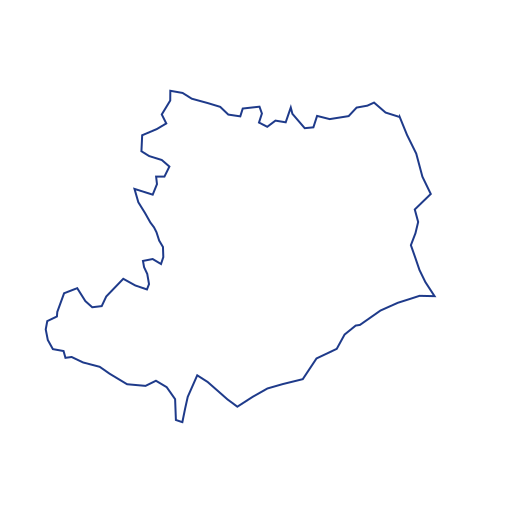 the district of Drymou, Paphos, Cyprus, rotated 16°
{"feature_id": "46923920B67482680261453", "entity_name": "Drymou", "entity_type": "district", "adm_level": 2, "iso_a3": "CYP", "parent_name": "Cyprus", "parent_adm1": "Paphos", "projection": "robinson", "projection_center": [32.5, 34.923], "detail": "fine", "context": "isolated", "style": "outline", "palette": "blue", "viewbox_px": 512, "rotation_deg": 16, "n_neighbors": 0, "source": "geoboundaries", "source_scale": "gbopen_adm2", "svg_char_len": 1552}
<svg xmlns="http://www.w3.org/2000/svg" viewBox="0 0 512 512"><g transform="rotate(16 256 256)"><path d="M128.1,120.8L130.7,130.2L126.4,145.9L133.2,153.3L125.8,161.2L113.3,171.3L117.0,186.9L125.8,189.4L139.0,189.7L148.1,193.9L146.1,204.9L138.1,207.2L141.0,214.2L139.8,225.5L120.7,225.0L128.1,236.8L137.5,245.3L145.2,252.9L150.1,256.6L153.8,260.6L158.7,267.9L164.1,273.0L167.2,282.6L166.9,289.9L157.5,287.4L148.7,291.9L151.5,297.6L156.4,303.2L160.9,312.5L160.4,318.2L148.1,317.6L134.7,314.5L127.8,327.5L123.2,336.2L121.5,346.7L112.7,350.4L104.4,346.4L93.0,336.2L81.8,344.7L80.4,364.5L81.3,369.0L73.3,376.1L74.1,384.5L79.0,394.1L86.4,401.5L97.2,400.4L100.9,406.4L106.6,403.9L119.1,406.0L136.3,405.6L147.7,409.5L167.4,414.8L185.6,411.3L194.2,403.5L206.3,406.7L217.7,415.9L224.2,435.7L230.1,436.0L231.0,436.0L229.9,421.9L229.2,410.2L232.4,386.9L244.2,390.4L268.1,401.7L279.6,406.0L291.7,392.2L303.5,380.2L317.1,371.7L334.9,361.5L342.4,337.8L359.2,323.0L362.8,307.1L371.0,295.4L374.9,293.6L390.7,274.1L405.2,261.9L415.9,254.8L424.2,249.2L438.7,245.4L425.9,234.3L417.0,224.4L409.7,213.9L401.9,202.9L403.0,190.2L402.5,178.6L395.8,167.5L406.9,148.2L394.1,133.9L381.8,113.4L367.8,98.0L355.7,82.6L355.7,82.8L341.0,82.4L327.2,76.0L321.6,80.8L311.8,85.6L306.5,96.0L289.1,104.1L276.1,104.5L275.7,116.5L267.6,119.7L251.8,109.3L248.5,103.7L247.7,119.3L237.4,120.5L231.2,128.7L222.1,126.9L222.4,117.4L218.2,111.5L202.6,117.9L202.4,126.1L190.4,127.7L180.5,122.5L167.6,122.3L150.9,122.5L140.5,119.5L128.1,120.8Z" fill="none" stroke="#1e3a8a" stroke-width="2"/></g></svg>